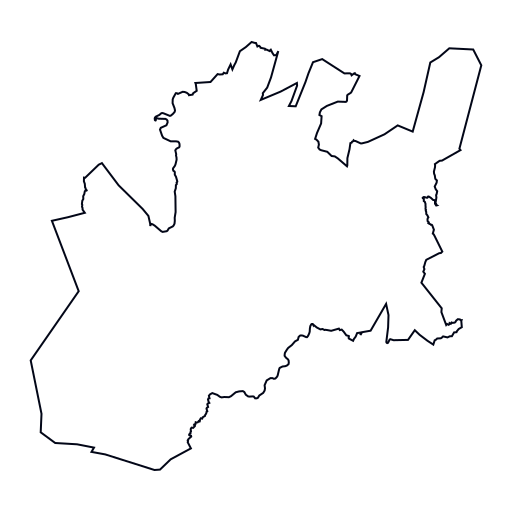 Copalillo, Guerrero, Mexico
{"feature_id": "50627088B95140334910762", "entity_name": "Copalillo", "entity_type": "district", "adm_level": 2, "iso_a3": "MEX", "parent_name": "Mexico", "parent_adm1": "Guerrero", "projection": "natural_earth1", "projection_center": [-99.014, 17.982], "detail": "fine", "context": "isolated", "style": "outline", "palette": "ink", "viewbox_px": 512, "rotation_deg": 0, "n_neighbors": 0, "source": "geoboundaries", "source_scale": "gbopen_adm2", "svg_char_len": 6016}
<svg xmlns="http://www.w3.org/2000/svg" viewBox="0 0 512 512"><path d="M30.7,360.4L41.5,413.8L40.7,432.3L55.2,443.0L77.1,444.3L94.0,447.6L91.5,451.9L105.2,454.4L154.5,470.0L160.0,469.6L170.7,459.3L190.9,448.4L187.7,442.2L188.1,440.9L187.7,440.3L188.6,438.9L191.2,436.6L191.0,435.7L189.3,435.2L189.1,434.9L189.4,434.1L190.6,433.0L190.4,432.2L191.0,431.3L190.7,429.7L190.9,428.5L191.7,427.6L193.1,427.9L194.9,426.1L194.9,425.6L194.0,424.9L194.3,424.4L195.4,424.2L195.7,422.3L196.5,422.6L197.8,422.3L198.7,421.1L199.6,421.5L199.9,420.9L199.9,419.8L200.8,418.3L202.2,418.6L202.7,417.3L205.0,415.9L205.2,414.9L206.0,413.8L206.5,412.5L206.6,411.6L207.3,411.2L206.5,408.7L206.8,407.9L208.1,407.0L207.3,404.3L207.6,403.7L209.3,402.9L208.6,401.8L208.0,399.5L208.4,398.5L209.5,398.3L208.9,395.7L210.1,394.3L212.3,393.1L217.3,394.9L219.9,396.8L221.6,397.4L224.3,397.0L228.9,397.2L231.0,396.2L235.7,392.3L239.1,391.4L242.8,391.1L244.3,392.0L245.8,394.7L248.1,396.4L249.4,396.6L253.0,396.4L253.8,396.6L255.1,398.3L256.8,398.3L257.9,397.8L259.3,395.5L263.2,392.9L264.6,390.6L265.0,388.4L264.6,385.2L266.7,380.4L270.5,378.1L272.4,378.1L273.9,378.8L275.4,378.5L276.9,376.9L277.6,375.7L279.2,369.0L279.7,367.9L282.5,366.5L285.2,366.2L286.8,365.6L288.5,364.2L288.8,362.7L288.6,360.5L288.0,359.4L285.9,357.6L284.6,355.8L284.7,354.1L285.0,352.7L287.0,349.5L288.2,347.9L291.8,345.1L295.0,341.4L297.9,339.8L298.6,337.0L299.9,335.7L300.9,335.4L302.8,335.6L306.1,337.1L307.1,337.1L308.1,335.8L309.2,333.4L309.7,331.7L309.9,328.4L310.3,326.1L311.3,324.3L311.8,324.0L312.7,324.0L313.4,325.3L313.6,324.9L316.8,327.5L320.4,329.4L322.5,329.0L324.5,330.0L325.3,329.8L326.9,330.0L331.2,330.8L338.9,328.6L339.8,330.1L341.7,329.6L343.7,331.7L346.3,335.3L348.8,336.0L348.9,336.7L348.6,337.8L348.8,338.5L353.1,340.8L353.9,339.0L355.7,336.6L357.1,333.1L360.6,332.5L360.5,335.0L362.0,332.2L370.6,330.7L386.1,303.9L388.5,315.1L388.1,327.4L386.3,342.0L386.7,342.8L387.2,343.1L388.0,342.8L389.7,339.5L390.3,339.2L393.6,340.2L408.0,339.9L414.8,330.2L419.6,334.8L427.5,340.8L433.3,344.6L434.7,340.3L435.8,339.8L437.2,338.5L440.7,338.3L441.5,337.9L443.1,336.4L447.5,337.4L449.8,336.3L451.9,336.2L454.1,332.4L456.5,332.2L456.9,331.2L458.7,329.0L461.8,327.2L461.3,320.9L461.6,320.1L460.5,320.1L459.9,319.4L457.8,319.2L456.1,320.7L455.5,321.9L454.7,322.6L452.5,322.9L451.6,322.5L450.8,323.8L449.6,323.1L449.4,324.1L448.7,324.8L447.1,324.0L446.2,325.0L441.4,312.1L441.7,308.3L421.4,282.7L424.9,273.8L423.3,271.7L424.4,269.1L423.7,267.0L424.3,265.8L425.3,262.1L426.3,259.8L439.2,253.2L440.9,253.0L442.3,251.6L434.4,235.6L433.6,234.2L432.8,233.6L433.9,229.7L432.2,225.3L431.9,224.9L430.9,224.8L430.6,224.3L429.4,223.9L428.3,223.1L428.8,222.3L427.6,221.1L427.5,219.5L427.7,218.3L428.4,217.4L427.3,215.2L426.3,214.1L426.2,211.8L425.7,210.7L426.0,209.9L425.6,209.3L425.5,208.2L425.7,207.1L425.5,206.1L425.5,203.8L424.8,201.8L423.8,201.1L423.8,198.8L422.8,198.2L422.7,197.8L423.5,197.1L424.1,197.0L427.1,197.8L427.6,197.5L428.0,196.6L428.7,196.5L430.8,197.8L433.2,200.0L435.0,200.2L435.0,203.7L436.2,205.5L437.0,205.3L436.3,204.8L436.1,203.8L435.5,203.1L436.4,197.5L436.1,195.1L436.6,194.1L437.2,191.2L435.7,189.2L434.7,186.5L436.6,182.7L436.9,180.4L435.5,179.1L435.2,178.3L434.8,175.4L434.1,173.7L433.9,171.6L435.0,167.2L435.1,165.4L434.9,164.1L439.6,160.8L442.0,160.6L460.5,150.1L459.4,148.7L481.3,65.3L473.2,49.5L449.3,48.3L439.0,57.2L430.3,62.5L423.6,92.2L412.7,131.6L397.7,125.4L384.5,134.3L367.9,141.9L361.8,143.4L360.7,143.4L355.5,141.0L354.3,140.9L353.6,140.3L353.2,141.2L352.1,141.7L351.6,142.7L350.4,143.1L349.5,149.3L347.4,158.1L347.3,165.4L347.0,166.3L337.8,158.4L334.8,156.4L331.6,156.0L327.3,151.8L321.1,150.2L319.6,149.5L318.2,147.6L318.9,144.6L318.4,141.7L316.5,139.7L315.1,138.9L317.0,133.0L321.1,123.5L321.6,116.2L319.4,115.0L319.9,112.3L321.4,109.4L326.9,105.9L337.8,101.6L345.8,101.9L346.5,101.5L347.0,100.6L347.2,95.4L347.6,94.8L350.8,92.8L351.4,92.0L359.5,76.0L355.2,74.2L354.8,73.2L354.0,73.5L351.6,75.3L351.1,74.0L349.9,73.3L344.4,73.4L322.2,59.1L313.0,62.2L308.5,73.2L305.4,82.2L295.7,106.3L288.9,106.0L291.5,101.0L297.1,85.6L296.9,83.0L280.6,91.6L260.8,99.9L263.0,95.0L262.8,93.2L267.2,87.6L271.0,77.5L278.3,51.1L276.3,55.1L274.0,55.3L272.5,53.1L270.8,49.7L270.1,50.3L269.7,51.1L266.6,49.6L265.4,49.7L265.5,49.2L264.9,48.7L260.6,47.8L260.2,46.8L259.2,45.9L258.6,45.9L257.4,46.5L256.0,43.0L254.7,42.9L251.6,42.0L245.8,47.1L239.9,51.2L235.7,62.5L234.4,64.9L232.4,69.4L230.6,64.4L228.1,69.6L227.0,73.2L225.5,73.4L223.8,72.7L222.7,74.3L219.6,74.5L217.6,74.1L210.5,82.0L195.4,83.0L195.8,84.1L196.7,90.8L193.2,93.2L192.6,94.6L189.0,95.2L188.8,94.4L186.8,92.8L184.7,92.0L182.7,91.8L177.9,93.9L176.9,93.2L175.8,93.2L173.3,97.7L172.7,99.4L172.6,103.2L174.5,108.1L175.0,110.4L174.7,111.8L173.1,113.7L171.0,115.5L169.9,115.9L163.5,113.3L162.1,113.0L161.1,113.4L159.4,114.9L155.7,116.7L154.9,117.7L154.7,118.5L154.9,120.1L155.4,120.5L155.7,120.4L156.0,118.8L156.9,118.2L158.7,118.7L165.5,118.9L166.7,119.6L167.5,120.7L167.6,122.5L166.4,125.3L160.8,127.8L160.0,129.6L162.1,135.7L163.4,137.9L170.6,141.3L175.9,141.3L178.1,141.7L179.0,142.6L179.5,144.0L179.6,146.2L179.2,147.3L177.1,148.3L176.2,149.0L175.3,150.3L176.2,154.2L176.0,155.4L176.5,157.5L176.6,159.7L175.5,164.3L174.9,165.8L173.1,168.3L172.9,169.1L173.3,170.7L174.5,171.5L174.8,172.1L174.8,174.7L176.0,176.8L177.3,181.4L177.2,181.9L176.6,182.5L176.8,184.0L175.9,185.1L175.8,188.3L174.7,191.6L175.4,196.2L175.6,212.1L174.7,217.7L174.8,220.9L174.5,223.7L173.6,225.5L172.8,226.4L168.8,228.4L167.5,230.6L166.7,231.2L162.6,231.9L161.2,231.2L154.8,225.7L152.6,224.3L151.3,223.9L150.8,224.2L150.3,226.0L150.2,223.8L148.4,215.9L142.6,208.9L118.6,185.3L101.9,163.1L98.7,164.7L85.1,177.8L84.0,177.6L83.9,181.3L84.8,183.8L85.1,187.5L85.6,188.2L85.7,189.2L86.7,190.3L86.5,190.6L85.5,190.5L84.8,191.3L84.3,194.0L83.2,196.2L83.3,199.0L82.3,200.7L81.9,204.1L82.3,204.9L82.0,206.8L82.5,207.8L82.6,209.7L84.8,212.8L68.0,217.2L51.9,220.8L78.7,291.2L30.7,360.4Z" fill="none" stroke="#020617" stroke-width="2"/></svg>